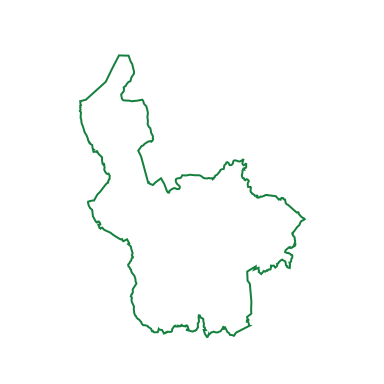 outline of Tizapán el Alto, Jalisco, Mexico, rotated 257°
{"feature_id": "50627088B39288283772272", "entity_name": "Tizapán el Alto", "entity_type": "district", "adm_level": 2, "iso_a3": "MEX", "parent_name": "Mexico", "parent_adm1": "Jalisco", "projection": "robinson", "projection_center": [-103.079, 20.107], "detail": "fine", "context": "isolated", "style": "outline", "palette": "green", "viewbox_px": 384, "rotation_deg": 257, "n_neighbors": 0, "source": "geoboundaries", "source_scale": "gbopen_adm2", "svg_char_len": 6001}
<svg xmlns="http://www.w3.org/2000/svg" viewBox="0 0 384 384"><g transform="rotate(257 192 192)"><path d="M63.1,126.7L63.5,127.5L66.1,128.8L65.3,129.2L64.3,131.7L60.4,132.9L61.2,135.4L60.8,135.3L61.2,137.1L60.4,140.1L61.1,141.3L62.9,141.9L65.3,144.6L65.4,145.5L64.9,145.3L64.2,147.5L64.9,148.3L63.9,149.1L63.9,150.8L64.4,150.7L64.8,152.1L63.9,152.3L63.2,153.7L62.9,155.2L61.9,154.8L63.3,156.3L63.0,157.1L62.2,157.2L62.1,157.5L58.4,157.8L59.1,156.1L58.7,155.9L55.9,161.1L56.2,163.0L56.0,163.6L56.5,164.3L56.5,165.2L58.2,166.6L58.6,167.4L62.7,168.0L63.3,169.1L64.5,169.7L68.7,170.3L70.3,170.9L69.9,171.9L69.5,171.9L69.4,172.5L69.3,172.2L68.0,171.9L65.9,174.4L62.7,173.9L61.1,174.1L58.5,173.1L57.5,173.2L57.0,174.0L55.6,173.8L54.4,174.3L54.9,172.4L51.1,172.6L47.3,174.0L47.4,174.8L49.4,176.1L49.1,176.1L49.3,176.8L50.8,179.2L51.0,182.0L50.2,182.9L49.4,185.2L50.0,188.6L51.7,190.6L54.2,192.8L51.6,191.8L51.4,192.4L52.3,193.9L47.6,195.0L46.2,196.4L44.3,196.8L43.6,198.9L42.6,200.2L42.5,200.8L44.3,202.3L45.1,203.5L48.7,217.7L48.8,217.4L48.8,217.8L53.5,217.5L53.4,216.3L54.7,216.7L54.8,217.0L54.3,218.0L54.6,218.3L56.4,217.5L57.9,217.6L60.1,222.4L64.4,223.2L71.7,225.2L89.6,227.7L93.1,226.2L102.1,227.9L105.2,237.4L104.5,237.2L102.4,235.3L103.2,239.8L101.6,239.4L100.6,239.7L99.2,239.0L96.5,241.0L98.9,244.2L97.9,245.3L98.9,247.4L98.4,247.8L99.0,248.5L99.2,249.2L98.9,251.0L100.5,251.9L102.5,252.4L101.9,254.1L101.9,255.1L99.6,256.1L100.6,258.0L102.2,258.9L102.8,258.7L103.3,260.2L104.3,261.1L105.6,263.6L105.8,264.8L105.1,265.2L103.6,267.1L102.5,267.4L99.8,267.1L98.8,267.4L98.4,268.0L97.3,267.9L96.1,269.8L96.5,269.8L96.9,270.6L98.8,270.8L99.2,271.2L101.3,271.1L101.2,271.8L102.2,273.0L104.4,273.7L105.4,274.8L106.9,275.4L108.2,275.3L108.6,274.2L109.5,273.9L110.4,272.6L111.0,272.4L111.2,270.8L112.5,269.2L113.4,269.6L114.3,270.2L116.2,274.0L116.3,274.6L115.8,274.6L115.8,275.3L115.3,275.4L115.1,275.9L115.8,278.2L116.0,278.2L116.1,279.4L116.7,280.5L117.8,280.9L117.8,279.8L120.7,281.5L123.1,281.4L123.5,281.7L125.1,281.7L126.5,280.8L127.7,280.5L128.4,280.8L128.6,280.4L129.4,280.5L130.6,282.5L134.2,286.6L135.6,289.1L138.8,291.4L140.1,295.7L141.3,295.1L142.1,293.9L143.6,292.7L146.6,291.1L147.8,291.3L148.5,290.9L148.4,289.4L157.9,282.7L158.5,281.7L160.2,280.8L163.6,281.0L164.3,279.6L165.4,279.6L166.1,278.1L165.6,277.2L164.6,276.6L165.5,275.3L165.2,274.8L169.1,272.7L171.9,264.9L172.2,264.8L172.5,262.7L172.2,262.5L171.7,258.8L172.2,257.7L171.5,256.5L171.7,254.7L172.2,254.2L172.4,254.6L173.3,254.9L173.9,254.6L174.1,252.4L175.6,251.8L176.7,250.3L178.1,249.9L178.6,249.3L179.9,249.2L183.1,250.4L183.7,250.2L184.3,247.8L186.7,247.9L188.5,248.6L189.4,249.6L190.0,249.8L191.2,249.3L192.2,248.2L191.5,246.5L192.4,245.7L193.5,245.9L194.4,244.4L197.2,244.3L199.0,245.3L201.4,246.0L202.4,246.8L202.0,247.9L203.3,247.6L203.5,249.9L204.0,250.4L207.2,251.1L207.4,250.8L206.4,248.5L207.5,247.6L208.6,247.5L212.7,249.7L212.0,249.0L211.0,245.7L211.2,244.5L212.7,242.2L213.3,240.2L212.7,239.2L210.8,238.3L209.8,237.4L209.4,236.1L209.7,234.7L211.7,234.3L213.1,233.2L213.0,232.1L211.9,231.4L210.6,229.4L207.3,228.1L207.4,225.9L207.0,224.6L205.8,223.8L203.2,220.3L202.6,218.2L201.6,217.7L201.3,216.8L200.3,216.2L199.7,215.0L201.0,214.6L201.0,213.4L201.9,211.4L201.8,209.6L202.9,206.6L205.8,204.2L206.6,203.0L207.6,198.7L209.3,193.9L209.4,190.0L210.5,186.3L208.6,184.6L208.2,183.6L208.5,182.3L208.4,180.1L208.1,179.3L207.4,178.9L205.8,178.6L203.7,179.0L200.3,181.3L198.7,181.0L197.8,179.8L198.4,177.8L199.8,175.9L199.3,172.9L198.1,170.2L196.8,169.8L196.5,169.3L196.8,168.5L198.5,167.8L206.0,166.8L212.3,164.9L209.6,158.6L207.6,155.5L209.7,152.5L211.1,152.2L210.9,151.4L237.9,150.4L244.4,148.9L248.1,153.2L248.4,155.1L249.4,156.3L251.0,160.6L250.9,163.3L250.2,163.6L250.7,164.8L252.1,166.0L253.4,165.9L255.1,166.5L259.4,165.4L260.7,165.7L263.6,165.7L264.7,164.8L267.7,164.0L271.6,165.1L275.1,165.4L278.9,166.8L280.7,166.9L285.7,166.8L288.7,165.1L291.8,164.9L293.1,164.3L293.3,159.3L294.0,153.7L295.1,151.4L296.6,146.1L297.4,145.2L299.0,144.7L302.9,144.9L305.6,148.2L307.6,148.9L309.2,148.9L309.9,150.0L310.1,151.1L312.0,152.8L313.4,154.7L313.9,157.0L317.3,158.7L320.3,162.0L322.1,162.6L330.3,162.5L332.7,161.6L339.1,160.9L341.5,151.6L330.6,142.3L318.8,132.8L305.8,109.4L305.6,103.4L304.4,103.5L303.1,103.1L301.6,103.4L301.1,102.4L299.7,102.4L299.1,101.9L297.3,102.0L296.2,100.9L294.7,101.7L289.1,100.1L287.8,100.4L283.9,99.9L280.1,100.5L274.5,100.8L271.2,101.9L267.9,102.5L265.8,102.4L262.9,103.5L262.9,103.1L262.0,103.5L260.3,105.3L256.4,105.0L255.5,105.8L255.3,105.0L253.2,105.1L253.2,106.5L252.5,107.8L253.2,108.2L253.1,108.7L250.3,109.4L246.0,112.2L243.4,111.5L239.7,111.2L239.6,112.1L239.3,112.6L238.9,112.6L238.5,112.6L238.6,112.0L238.2,111.9L237.9,112.3L235.6,112.4L233.6,111.5L231.3,111.9L229.2,112.9L228.6,113.6L228.7,114.8L226.3,115.5L222.9,114.4L222.8,113.8L220.5,112.3L220.6,112.6L219.9,112.3L219.9,111.7L218.9,109.8L213.1,102.8L210.7,99.1L205.7,94.6L206.1,93.4L206.0,88.7L205.3,88.3L202.4,88.3L199.2,89.1L197.7,90.3L196.7,90.7L190.7,90.0L185.5,91.4L183.8,92.2L183.7,93.1L184.3,93.5L184.2,94.6L182.3,95.4L180.9,95.3L181.1,93.4L177.8,93.8L177.8,94.2L176.9,94.6L177.5,96.5L174.8,98.0L170.7,103.4L167.8,105.7L163.0,110.5L161.9,111.9L161.8,113.3L160.4,113.4L159.5,114.0L160.5,118.1L156.1,119.3L155.6,118.0L153.5,119.7L152.2,120.2L150.7,120.0L145.6,120.4L144.2,119.2L143.1,119.2L142.5,119.8L141.4,119.6L141.0,118.3L138.7,117.2L138.1,116.1L136.8,115.1L135.7,113.5L134.1,113.3L132.4,114.3L131.1,114.4L130.0,115.1L128.3,115.0L126.6,115.4L123.3,117.0L119.9,117.3L117.3,116.9L115.8,117.3L115.2,117.2L111.0,112.8L110.0,112.2L107.6,111.8L105.9,110.5L106.0,110.2L104.1,108.9L102.5,109.7L100.8,108.9L98.9,108.6L93.3,109.7L91.1,108.9L86.8,108.5L84.5,108.8L83.9,109.4L82.9,109.5L80.6,110.6L79.5,111.8L77.4,112.8L77.1,113.2L74.8,113.5L73.4,114.3L73.1,114.7L72.8,116.2L71.3,118.7L70.6,118.8L68.0,121.3L65.4,121.7L65.4,122.3L66.3,122.4L64.6,122.8L63.9,123.4L63.1,126.7Z" fill="none" stroke="#15803d" stroke-width="2"/></g></svg>